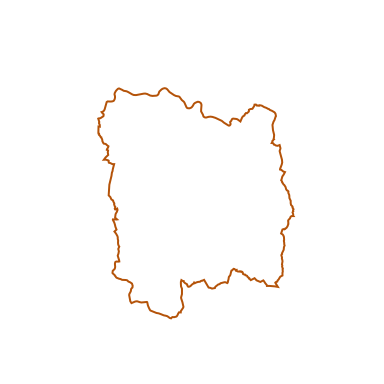 Hoghiz, Brasov, Romania, rotated 55°
{"feature_id": "2599482B55739363536318", "entity_name": "Hoghiz", "entity_type": "district", "adm_level": 2, "iso_a3": "ROU", "parent_name": "Romania", "parent_adm1": "Brasov", "projection": "orthographic", "projection_center": [25.347, 45.951], "detail": "fine", "context": "isolated", "style": "outline", "palette": "amber", "viewbox_px": 384, "rotation_deg": 55, "n_neighbors": 0, "source": "geoboundaries", "source_scale": "gbopen_adm2", "svg_char_len": 6034}
<svg xmlns="http://www.w3.org/2000/svg" viewBox="0 0 384 384"><g transform="rotate(55 192 192)"><path d="M283.8,228.3L283.1,227.4L283.0,226.9L282.8,223.5L283.3,222.3L283.1,221.0L284.5,217.2L285.3,216.2L286.8,215.4L286.7,214.7L285.2,213.1L284.5,212.2L282.9,210.7L282.5,210.0L282.5,209.5L281.9,208.1L279.3,205.2L279.0,204.7L279.2,204.1L279.0,203.5L279.0,202.6L278.9,202.5L279.0,202.1L278.9,201.9L279.4,201.4L280.7,201.1L281.1,200.5L281.5,200.8L281.6,200.4L281.9,200.7L282.2,200.7L283.2,200.2L284.3,199.0L284.5,198.6L284.4,198.2L284.9,197.7L285.5,197.6L285.4,197.3L285.6,197.0L286.4,196.6L287.7,196.8L288.6,197.2L289.6,196.5L290.1,195.9L290.9,196.0L291.6,195.3L292.3,195.0L293.3,195.2L294.2,194.8L295.4,195.0L295.6,194.5L296.4,194.6L297.9,194.4L298.5,190.2L301.4,189.8L304.9,187.6L305.3,184.3L306.5,184.2L308.6,184.3L311.7,184.1L312.0,184.4L313.7,182.0L316.8,178.3L319.0,176.1L314.1,175.8L313.9,175.2L314.3,173.5L313.6,172.7L313.3,171.2L312.2,168.8L312.0,168.0L312.3,165.8L310.0,164.2L309.4,163.4L307.1,162.0L307.0,161.6L304.8,161.0L303.9,160.1L303.0,159.9L300.8,157.7L299.5,157.0L298.2,156.6L297.2,155.8L295.1,155.1L294.6,154.5L294.5,153.8L293.8,153.4L291.9,150.0L289.9,148.3L288.9,146.8L287.9,146.5L286.3,145.5L284.7,144.8L284.2,144.1L281.6,142.5L280.0,142.1L278.8,142.1L277.1,142.8L274.6,139.4L275.0,138.1L275.6,137.7L275.7,136.8L275.4,136.4L275.6,135.7L275.5,135.0L274.9,133.5L273.4,131.3L272.7,131.1L271.9,130.3L270.8,129.9L270.1,128.7L269.9,127.1L268.9,125.5L268.8,125.2L268.9,124.1L269.9,122.7L269.4,122.7L268.3,121.9L266.3,121.3L265.8,120.0L265.3,120.0L264.6,119.4L264.3,118.7L262.5,118.7L262.3,118.3L261.5,118.0L259.4,118.3L257.8,117.6L255.8,116.2L252.9,115.7L250.3,114.1L247.9,113.6L246.8,112.7L245.7,112.9L245.2,113.3L243.8,113.3L241.5,112.5L239.1,112.4L238.3,112.7L236.3,112.5L235.9,112.7L235.1,112.2L233.5,112.2L233.1,111.5L231.1,109.1L230.3,106.9L229.0,104.4L227.5,105.5L225.2,106.1L224.1,107.0L223.6,106.6L221.0,102.8L219.6,101.2L217.2,99.8L209.1,96.9L208.4,96.4L207.3,94.8L206.8,94.4L203.8,93.3L203.3,95.3L202.1,96.6L200.5,97.3L200.1,97.7L199.5,97.5L198.5,97.7L197.6,98.6L197.1,97.4L196.4,97.1L196.1,95.7L195.7,95.1L195.8,94.7L195.3,94.7L195.0,94.2L192.4,92.0L187.8,90.2L183.2,87.6L181.1,84.8L180.4,83.2L178.3,80.4L178.0,79.7L175.7,78.7L174.1,78.7L171.4,79.9L169.5,81.1L168.0,81.5L167.4,82.1L165.8,82.8L163.8,84.2L161.3,85.3L159.7,86.8L159.6,87.1L159.8,87.7L158.9,88.3L158.9,88.6L158.4,89.3L157.0,89.5L156.3,90.7L157.2,91.6L158.5,94.8L157.5,96.7L157.3,98.2L158.7,99.3L159.0,101.8L158.3,102.5L158.7,104.3L159.4,105.1L159.3,107.2L160.0,108.7L162.0,111.9L158.5,113.1L157.5,113.9L155.4,116.3L155.3,117.6L156.1,118.8L156.3,119.4L156.4,120.4L156.8,120.8L157.9,121.1L158.8,121.8L159.1,122.9L158.9,123.6L158.4,124.0L153.7,126.0L150.8,126.8L144.7,130.3L142.2,132.2L140.9,133.6L140.0,135.2L139.1,137.7L138.4,138.6L137.2,139.2L136.8,139.3L134.9,138.7L131.2,138.3L129.8,137.3L126.4,134.5L125.5,134.0L124.0,133.8L122.7,134.3L122.0,134.8L121.3,135.7L120.8,138.1L120.8,139.1L120.9,139.9L121.9,141.9L122.4,143.6L122.4,144.5L122.1,145.8L121.7,146.5L120.6,147.7L119.5,147.9L114.3,146.9L113.4,146.9L110.8,147.6L106.8,147.7L106.1,148.1L104.1,150.1L102.4,151.1L97.2,153.1L93.5,153.4L92.1,154.0L91.1,155.1L90.9,155.8L90.6,156.7L90.5,158.1L91.0,161.2L92.7,163.6L92.9,164.9L92.6,166.0L90.6,169.3L89.0,170.9L85.9,172.6L84.5,173.9L83.7,175.2L80.6,182.1L79.2,184.0L77.9,184.9L73.6,186.9L72.0,187.8L69.9,189.9L68.3,190.6L65.4,192.3L65.1,192.9L65.0,193.5L65.3,195.4L65.7,196.7L66.7,198.6L67.6,199.5L69.3,200.1L70.5,200.9L71.6,202.1L72.3,203.5L72.4,204.0L72.1,205.2L71.3,206.7L69.4,209.2L69.4,210.3L74.3,216.3L74.9,217.6L75.0,218.3L74.9,219.6L74.7,220.2L75.4,220.2L77.7,219.8L78.9,220.8L79.1,221.2L79.0,224.7L78.2,226.2L78.1,226.7L81.5,227.8L81.9,228.4L82.5,228.8L84.3,229.1L85.0,229.7L85.6,230.0L84.7,231.0L90.0,234.9L90.6,234.7L90.9,235.1L91.4,234.9L92.1,235.4L93.0,235.1L94.7,235.3L95.2,234.9L96.1,235.3L96.9,235.3L97.8,235.6L99.1,236.3L101.3,236.6L102.0,236.4L102.4,235.8L103.3,235.1L105.2,234.7L106.6,234.2L107.4,235.2L108.0,236.8L108.6,237.6L109.8,236.9L111.3,238.3L113.6,239.4L114.1,243.0L115.0,245.7L116.1,244.0L118.2,242.4L118.6,242.3L119.3,242.9L120.3,243.3L121.5,242.3L123.5,241.2L124.5,239.8L128.0,243.9L129.3,245.1L130.2,246.5L132.6,248.7L138.6,255.5L147.0,262.2L149.3,261.8L151.8,262.3L153.7,261.5L154.5,261.9L156.8,262.2L157.3,262.8L159.1,263.4L160.3,263.4L161.3,264.8L162.1,265.0L162.4,264.7L162.6,264.2L162.7,262.8L163.5,263.1L164.0,263.3L165.2,265.0L165.6,266.0L166.3,267.3L168.9,269.7L171.5,269.1L171.2,269.7L170.5,270.4L169.8,271.7L169.1,272.4L169.4,272.8L172.4,273.2L174.4,273.8L176.6,274.7L179.5,275.4L179.9,278.2L182.5,278.1L185.4,278.4L186.5,278.8L187.8,279.7L189.5,280.4L190.7,281.4L192.3,282.4L193.9,282.9L195.0,282.9L196.4,285.1L198.6,285.9L200.2,287.5L201.6,289.4L206.0,290.8L207.2,291.4L206.9,292.1L205.6,293.8L205.4,294.6L205.5,295.2L206.7,296.4L209.3,297.9L210.1,298.7L210.7,299.6L211.1,302.1L212.7,303.6L213.7,303.5L215.7,303.0L216.3,303.2L216.9,303.0L218.0,303.1L218.9,303.0L221.2,301.5L222.4,300.4L223.8,299.7L226.3,296.5L227.3,295.7L228.8,295.5L230.6,294.4L232.6,293.7L234.8,294.4L236.1,295.6L236.3,296.9L236.6,297.5L238.3,299.2L239.6,301.8L240.4,302.6L246.1,305.2L248.3,305.3L249.1,301.5L249.6,300.3L250.2,299.5L252.2,298.0L253.5,296.8L256.2,292.0L256.6,291.9L259.7,293.2L261.9,293.7L264.4,294.1L265.3,294.0L270.7,290.5L272.3,288.9L274.0,287.7L276.8,285.9L278.5,284.3L279.7,283.4L282.4,282.5L283.5,281.6L283.2,280.3L283.3,279.7L284.4,278.2L285.1,276.2L285.0,275.6L284.5,274.4L283.8,273.3L283.1,271.7L284.2,270.3L283.2,269.5L281.8,265.8L281.2,264.9L276.9,263.1L273.0,261.9L272.1,261.4L269.9,258.8L265.5,255.7L263.0,255.1L260.9,253.8L259.3,252.7L258.1,251.2L259.6,250.6L260.2,249.9L260.8,250.3L262.8,249.9L264.7,249.0L265.3,249.1L265.9,249.5L267.5,249.4L268.1,248.2L268.1,246.6L267.8,245.4L267.8,243.0L267.4,242.2L268.3,242.1L268.6,240.2L269.1,238.7L270.1,236.9L270.0,235.9L270.4,234.5L270.6,234.4L270.9,232.5L279.8,233.2L281.0,232.0L282.6,231.0L283.8,228.3Z" fill="none" stroke="#b45309" stroke-width="2"/></g></svg>